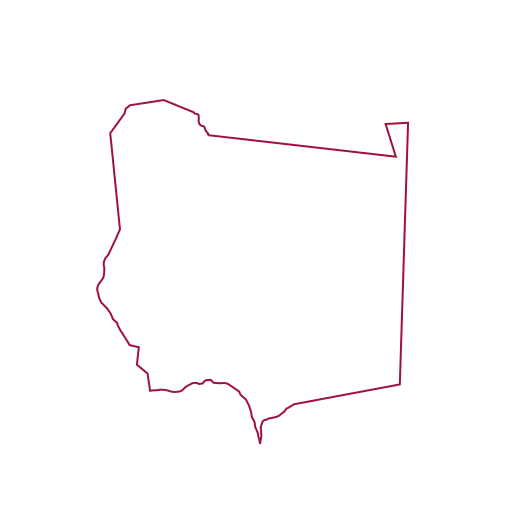 the district of Santiago Yaitepec, Oaxaca, Mexico, rotated 19°
{"feature_id": "50627088B1760637250233", "entity_name": "Santiago Yaitepec", "entity_type": "district", "adm_level": 2, "iso_a3": "MEX", "parent_name": "Mexico", "parent_adm1": "Oaxaca", "projection": "orthographic", "projection_center": [-97.247, 16.21], "detail": "fine", "context": "isolated", "style": "outline", "palette": "rose", "viewbox_px": 512, "rotation_deg": 19, "n_neighbors": 0, "source": "geoboundaries", "source_scale": "gbopen_adm2", "svg_char_len": 1738}
<svg xmlns="http://www.w3.org/2000/svg" viewBox="0 0 512 512"><g transform="rotate(19 256 256)"><path d="M356.4,80.5L355.5,80.9L335.6,89.0L355.9,116.6L172.5,157.1L170.9,156.6L170.9,156.1L170.9,155.8L170.3,155.5L168.9,154.7L167.6,153.8L166.4,152.6L165.4,151.2L165.1,150.7L164.8,150.5L163.2,150.5L161.8,150.6L160.7,150.3L159.1,149.2L158.1,147.5L157.7,147.0L157.1,144.3L156.6,143.6L156.0,141.7L155.2,141.0L154.3,141.0L151.7,141.2L151.4,141.2L150.3,140.4L150.0,140.4L118.0,138.6L88.1,154.3L87.8,154.5L85.4,158.3L84.9,159.1L85.3,164.1L78.2,187.4L88.9,210.5L118.7,275.1L118.0,283.9L115.9,303.1L114.2,307.3L114.1,310.8L114.7,313.6L116.6,316.9L118.0,321.6L118.6,325.0L118.5,327.0L117.3,331.3L116.5,333.5L116.2,336.9L116.8,339.7L118.9,342.7L121.3,346.7L125.2,350.6L131.9,353.8L137.2,357.6L141.4,362.3L146.6,364.6L147.8,366.5L152.0,370.5L155.3,373.0L162.7,379.0L165.5,381.4L174.9,380.4L178.8,397.6L191.7,402.4L198.6,415.7L199.7,417.9L201.4,417.0L206.0,415.2L209.4,413.4L212.7,412.5L216.2,411.9L219.3,411.9L223.1,411.2L227.7,409.1L229.9,407.2L231.7,403.4L233.1,401.5L235.1,399.4L237.1,397.1L239.2,396.0L241.0,395.3L244.2,395.5L247.2,393.7L247.8,391.5L249.4,389.5L253.5,387.9L257.1,389.7L262.6,388.3L267.3,386.4L269.0,386.2L270.6,386.0L275.8,387.3L284.3,389.7L286.4,392.1L291.5,394.3L293.2,395.0L297.4,399.0L299.1,401.0L302.5,405.6L304.2,409.1L308.9,413.8L310.8,417.8L314.8,422.1L317.2,426.2L318.8,428.3L320.4,431.4L320.8,431.5L319.9,425.9L319.4,423.7L318.1,420.7L317.5,419.0L316.1,416.4L316.2,410.2L317.5,408.2L319.4,407.3L320.5,405.7L324.2,403.6L325.7,402.8L329.3,400.1L333.1,394.4L333.9,392.3L334.5,390.3L335.3,389.6L336.6,388.4L337.3,387.3L340.4,383.7L365.2,369.6L433.8,330.6L356.4,80.5Z" fill="none" stroke="#9f1239" stroke-width="2"/></g></svg>